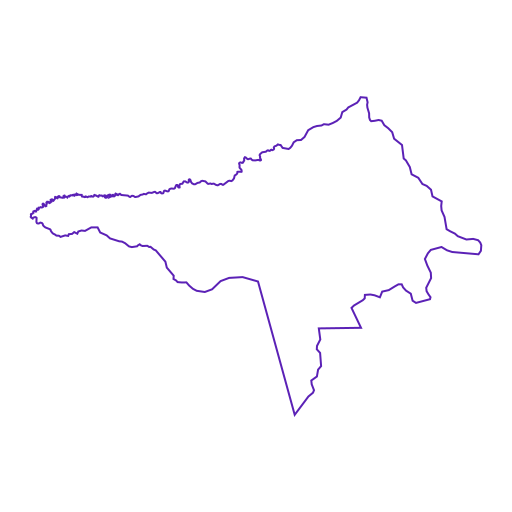 Ndélé, Bamingui-Bangoran, Central African Republic
{"feature_id": "33826404B83224337375675", "entity_name": "Ndélé", "entity_type": "district", "adm_level": 2, "iso_a3": "CAF", "parent_name": "Central African Republic", "parent_adm1": "Bamingui-Bangoran", "projection": "albers", "projection_center": [20.022, 8.555], "detail": "fine", "context": "isolated", "style": "outline", "palette": "violet", "viewbox_px": 512, "rotation_deg": 0, "n_neighbors": 0, "source": "geoboundaries", "source_scale": "gbopen_adm2", "svg_char_len": 5951}
<svg xmlns="http://www.w3.org/2000/svg" viewBox="0 0 512 512"><path d="M280.6,145.0L279.2,144.9L277.9,144.4L276.4,145.7L274.5,146.4L273.8,147.4L274.1,148.8L273.8,149.4L272.6,150.1L271.9,150.1L271.3,149.7L270.7,150.0L269.8,150.9L269.2,150.9L268.0,150.3L267.3,150.5L265.9,151.7L262.2,152.3L260.2,154.0L259.6,155.1L260.2,157.0L260.0,157.7L260.2,158.4L260.9,159.4L260.9,160.2L260.3,160.5L259.4,160.4L258.9,160.0L258.1,159.9L255.3,160.4L252.7,160.3L251.6,159.6L250.9,158.6L250.2,158.5L248.3,159.2L247.5,159.1L245.6,157.4L244.9,157.2L244.1,158.4L244.2,160.7L243.3,161.6L243.2,162.4L242.7,162.8L242.0,162.9L240.5,162.4L239.8,162.6L239.3,163.0L239.1,163.7L239.6,165.0L239.5,167.3L239.7,167.9L241.4,169.8L241.7,171.1L241.5,171.8L238.0,171.7L237.4,171.9L237.2,173.5L236.3,174.5L234.7,175.5L234.0,178.4L232.4,180.5L231.2,181.1L229.7,180.7L228.3,181.0L223.3,184.8L222.5,184.8L221.5,184.0L220.7,183.9L220.0,184.0L217.8,185.3L216.2,185.0L213.9,183.7L213.0,183.7L211.7,184.0L210.4,183.5L208.2,183.9L207.6,183.6L205.4,181.4L202.3,180.8L201.1,181.2L199.7,182.5L197.5,182.9L195.3,184.2L194.0,184.3L192.1,183.4L191.0,181.9L190.4,180.0L190.0,179.5L189.3,179.3L188.8,179.7L188.8,181.8L188.5,182.3L187.9,182.6L187.0,182.5L185.3,181.4L183.8,181.4L183.4,181.9L182.4,183.7L180.2,184.0L179.4,185.0L179.6,187.4L179.0,187.6L178.4,187.3L178.0,186.8L177.6,185.5L177.2,185.0L176.4,185.0L175.7,186.1L174.9,188.1L174.4,188.5L173.8,188.7L171.3,188.5L170.0,188.9L169.4,189.3L168.6,191.2L168.0,191.4L167.1,191.3L165.1,190.6L164.4,190.7L163.9,191.2L163.5,192.7L163.2,193.2L162.5,193.4L161.7,193.4L161.1,193.1L160.5,192.0L159.8,192.0L158.7,192.7L157.5,193.2L156.6,193.2L155.2,191.9L154.3,191.9L151.8,192.9L148.7,192.6L147.0,193.5L146.0,194.3L143.8,193.9L142.7,194.5L140.5,194.9L138.5,196.4L135.7,197.0L135.0,197.0L133.5,196.0L132.4,195.8L131.7,195.9L130.2,197.0L129.5,196.8L127.9,195.6L121.3,195.0L120.0,193.8L119.4,193.9L119.2,194.4L118.2,194.6L117.8,195.9L117.7,195.2L117.4,195.1L116.8,194.1L115.6,193.6L115.1,194.3L115.3,195.4L114.3,196.3L113.5,196.3L113.2,195.9L113.0,194.9L112.6,194.9L112.0,195.3L112.3,196.3L111.6,196.4L110.9,196.0L110.6,196.7L109.6,197.2L109.8,196.6L109.6,195.9L110.0,194.7L109.4,194.6L107.2,195.6L106.9,196.2L107.1,196.6L107.6,196.6L107.5,197.0L107.2,197.4L105.8,197.8L105.2,197.5L105.9,196.2L105.0,195.3L104.4,195.3L104.2,196.3L103.7,196.1L102.5,196.3L101.8,195.5L100.5,195.6L99.4,195.2L98.7,195.7L98.6,196.6L98.3,196.8L96.6,195.9L96.4,195.6L95.5,195.5L94.7,194.9L94.2,195.1L94.1,195.8L93.3,196.6L92.3,196.6L91.7,196.1L91.2,196.0L90.8,196.6L88.7,196.5L87.6,197.2L85.7,196.4L85.2,196.6L85.2,197.0L84.4,197.1L83.3,196.6L82.1,196.6L81.8,196.2L81.7,194.9L78.9,194.8L78.0,194.4L77.6,194.9L76.9,195.1L76.5,194.6L77.0,193.9L76.5,193.6L75.7,194.8L75.0,194.5L73.9,194.7L74.5,195.3L74.4,195.7L72.7,195.2L72.1,195.5L71.2,195.2L70.4,195.3L69.9,195.6L69.9,196.1L69.4,196.5L68.7,196.0L68.2,196.3L67.3,197.5L66.8,196.9L65.6,196.6L64.9,197.1L64.6,195.6L64.3,195.5L63.5,196.1L63.7,196.7L63.3,197.2L63.3,197.7L62.7,197.8L59.5,197.2L59.6,196.6L59.4,196.2L58.8,196.1L57.8,196.7L57.8,197.8L57.5,198.3L57.1,198.2L56.3,197.3L55.2,196.9L55.0,197.1L55.2,198.4L53.4,200.8L52.9,200.6L52.6,199.7L52.0,199.3L51.2,199.5L50.6,199.9L50.7,200.6L51.7,200.9L51.8,201.2L51.6,201.6L51.0,201.9L50.4,202.6L49.8,202.9L49.6,202.2L49.0,202.1L48.7,202.6L48.3,202.7L47.8,201.8L47.1,202.0L47.0,201.9L46.4,202.5L46.6,204.5L46.2,205.2L46.3,206.0L45.7,206.3L44.4,205.3L44.4,204.8L43.5,203.7L42.9,203.7L42.5,204.2L43.2,206.8L42.5,207.3L41.6,207.5L40.8,207.1L39.7,207.7L38.8,207.7L38.7,209.2L38.5,209.4L37.9,208.6L37.2,208.5L36.9,208.9L36.9,210.1L36.0,210.6L36.1,211.5L35.7,211.6L34.5,210.9L33.3,211.5L33.4,212.8L33.0,212.9L32.5,213.7L31.1,214.0L30.9,214.3L31.1,216.1L30.7,216.9L31.1,217.5L32.7,218.6L33.1,217.8L34.2,217.3L35.3,217.1L36.1,217.4L36.6,217.9L36.4,221.9L36.9,223.1L37.4,223.4L38.8,223.5L40.3,222.6L41.9,223.0L42.7,223.9L43.0,225.1L43.6,226.0L45.3,227.4L50.1,229.3L50.7,230.1L50.7,230.6L51.3,231.6L52.7,233.3L53.6,233.9L54.6,234.3L56.4,235.6L58.5,235.7L59.3,235.9L60.5,236.9L65.2,235.4L68.2,235.9L68.8,234.2L72.1,233.9L74.2,232.1L77.3,233.7L78.3,231.5L81.5,230.5L85.0,230.9L91.3,227.4L97.6,227.4L100.2,232.5L106.7,235.4L110.0,238.4L119.2,241.3L122.0,241.6L125.1,243.2L129.0,246.4L131.8,247.1L137.1,246.3L137.9,245.4L139.7,244.3L140.6,245.2L142.5,246.0L147.3,245.8L149.2,247.0L150.5,246.8L153.7,249.5L155.8,250.4L165.4,261.7L166.8,267.6L173.7,275.7L173.5,279.0L176.0,280.4L177.6,282.1L182.0,282.5L186.4,282.4L189.2,285.6L192.9,288.8L196.7,290.8L204.8,292.0L212.1,289.3L220.6,281.1L229.1,277.9L242.6,277.1L258.0,281.5L294.7,414.8L308.4,396.5L313.0,392.7L314.0,390.2L311.7,384.3L311.3,380.5L316.9,376.5L318.1,369.6L321.1,366.1L320.1,352.9L316.8,349.3L317.0,345.9L320.3,339.5L318.8,328.4L361.0,327.8L351.5,307.9L354.0,305.5L362.8,300.2L364.7,298.4L364.9,294.9L370.4,294.5L374.6,295.3L379.9,297.3L382.2,291.6L388.8,290.1L394.8,286.4L398.5,284.3L401.7,284.3L403.1,287.4L406.0,290.6L410.8,293.7L412.6,300.7L416.0,302.9L430.0,299.2L430.5,297.2L428.5,294.4L426.6,291.2L426.2,287.8L431.1,278.1L430.8,272.7L427.3,265.5L424.9,259.0L427.9,253.3L430.8,249.9L441.5,247.0L447.0,250.3L452.2,252.0L478.5,254.3L480.9,250.8L481.3,245.2L480.2,242.5L478.1,240.2L473.2,238.9L466.4,239.5L457.8,236.2L454.9,233.6L450.2,231.3L446.6,229.2L444.5,216.9L441.6,210.4L441.2,206.0L441.7,201.4L432.5,196.4L431.0,189.7L426.7,185.9L422.4,184.0L418.3,177.8L411.6,174.3L409.8,167.0L405.9,160.4L403.7,158.5L402.0,145.0L394.1,138.7L392.2,132.2L388.2,128.2L384.3,125.2L381.7,120.7L378.6,120.0L374.7,120.8L371.2,121.2L370.0,120.0L369.2,117.5L369.1,113.3L367.4,107.6L367.1,104.8L367.6,102.3L366.5,97.7L360.6,97.2L359.0,100.3L357.1,102.7L348.3,107.4L346.5,109.6L342.3,112.1L340.7,117.6L336.8,120.9L332.8,123.0L328.6,124.7L323.9,124.2L321.5,125.5L317.0,126.0L313.4,127.1L308.2,130.2L304.5,137.0L301.0,140.0L296.8,140.2L293.7,142.3L292.0,145.7L290.3,147.8L288.6,149.0L282.6,147.9L280.6,145.0Z" fill="none" stroke="#5b21b6" stroke-width="2"/></svg>